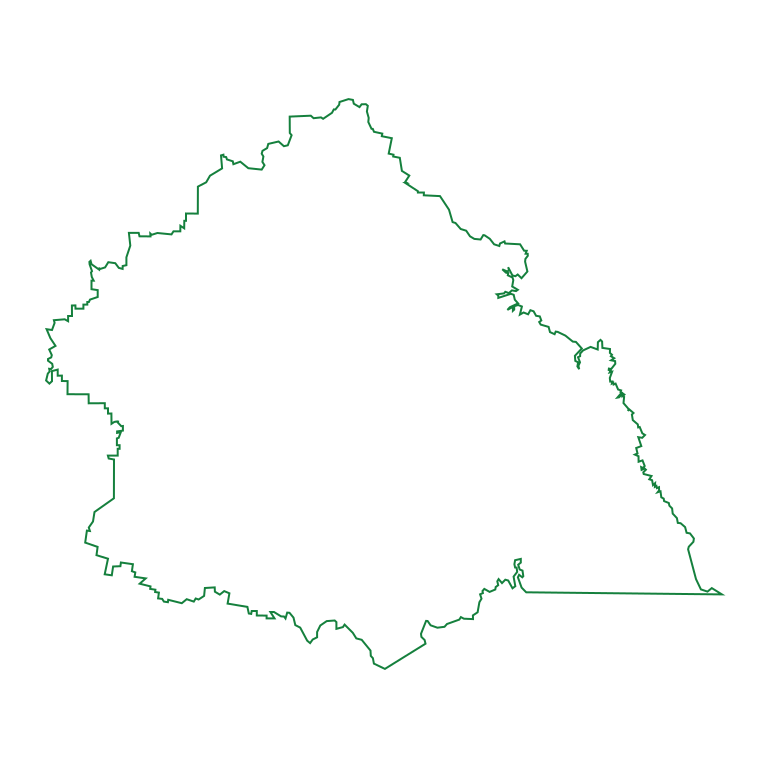 the district of Murrindindi, Victoria, Australia
{"feature_id": "25037944B67422185849488", "entity_name": "Murrindindi", "entity_type": "district", "adm_level": 2, "iso_a3": "AUS", "parent_name": "Australia", "parent_adm1": "Victoria", "projection": "mercator", "projection_center": [145.689, -37.281], "detail": "fine", "context": "isolated", "style": "outline", "palette": "green", "viewbox_px": 768, "rotation_deg": 0, "n_neighbors": 0, "source": "geoboundaries", "source_scale": "gbopen_adm2", "svg_char_len": 6060}
<svg xmlns="http://www.w3.org/2000/svg" viewBox="0 0 768 768"><path d="M367.8,105.8L365.9,104.2L361.6,104.3L359.5,107.1L353.8,103.7L352.9,99.9L348.5,99.1L339.5,102.0L339.2,104.7L335.4,109.5L333.8,109.4L332.0,112.8L323.1,118.8L321.0,117.4L313.6,118.2L310.8,115.7L289.7,116.6L289.8,133.0L291.6,135.2L287.8,145.3L283.9,146.2L278.6,141.5L268.3,143.9L267.1,148.1L262.5,150.8L261.7,153.7L263.4,156.5L262.4,161.9L264.5,165.2L261.7,169.6L248.3,168.2L240.3,161.7L233.4,164.2L232.8,161.3L226.9,159.4L226.2,157.1L223.6,156.7L223.4,154.7L221.0,155.4L222.1,168.4L210.0,175.7L206.2,182.3L197.9,186.6L197.8,213.6L186.0,213.5L186.0,220.8L184.3,220.8L184.2,228.3L180.4,225.8L180.3,231.3L173.5,231.3L171.5,234.4L157.4,233.0L151.7,234.8L150.3,233.5L150.5,236.4L139.5,236.3L138.7,232.9L128.9,232.9L130.3,245.6L126.4,257.3L126.4,265.2L122.7,266.0L122.6,268.9L118.8,267.9L115.3,263.2L108.3,262.2L105.1,267.4L99.7,269.1L99.1,267.6L99.1,269.6L91.5,264.2L90.6,260.8L89.4,261.9L89.6,264.3L92.0,271.2L91.0,272.5L91.8,277.0L93.7,280.7L91.5,280.7L91.5,289.2L97.7,290.1L97.7,297.0L90.0,299.6L88.9,302.0L87.3,302.0L87.3,304.6L83.4,304.6L83.4,308.7L75.5,308.7L75.4,305.4L71.9,305.5L72.0,316.0L68.1,316.0L68.1,321.2L64.7,319.3L53.9,320.2L54.6,322.9L52.0,330.0L46.6,329.2L50.4,338.2L55.5,345.9L49.2,349.5L51.8,355.1L51.2,357.4L48.0,359.0L48.0,360.7L52.2,363.8L52.8,366.9L51.1,369.0L49.2,368.8L49.7,371.4L47.8,373.6L46.1,380.5L49.4,383.6L52.0,381.2L51.9,371.1L57.7,369.6L57.7,375.7L61.9,375.6L61.9,381.0L67.6,381.1L67.5,394.2L88.6,394.3L88.7,403.3L104.8,403.2L104.8,408.3L108.0,408.3L108.0,413.6L111.4,413.5L111.5,423.8L114.2,422.0L117.2,421.4L119.0,421.7L117.0,421.7L121.3,426.2L122.9,426.0L122.9,430.6L117.1,431.4L117.1,432.9L120.8,432.2L118.7,437.8L116.9,438.4L116.9,445.2L119.6,445.2L119.6,448.8L117.7,448.8L117.7,455.6L107.9,455.6L108.7,458.5L114.0,459.5L113.9,498.3L94.5,512.0L93.0,521.5L88.8,527.5L89.9,531.0L86.9,530.6L85.2,542.6L97.6,546.9L96.5,555.2L108.0,558.7L104.7,574.3L111.8,575.3L113.1,566.5L120.4,566.2L120.9,562.5L132.9,564.2L131.9,571.2L135.3,572.4L134.6,576.8L145.7,578.4L139.7,583.7L150.5,586.4L150.2,588.9L155.4,589.7L155.1,592.0L158.9,592.6L158.1,598.4L162.2,598.9L163.9,601.6L167.9,602.2L168.2,599.8L181.8,603.2L186.7,599.2L193.8,601.6L195.7,598.5L198.6,599.5L204.1,595.9L204.9,588.0L214.7,587.4L214.9,591.7L219.8,594.6L224.2,591.1L229.4,593.3L227.6,603.6L247.4,606.9L248.8,613.5L251.2,613.9L251.7,611.0L256.8,611.0L256.8,615.5L266.6,615.6L266.6,618.4L274.5,618.4L270.4,612.0L274.0,612.0L281.1,616.4L284.0,616.5L285.5,618.5L287.2,612.6L289.5,612.8L293.5,617.6L295.3,625.1L300.2,627.6L307.2,640.7L310.1,643.1L312.7,639.5L317.1,637.3L317.1,632.0L320.3,625.5L326.7,621.1L334.7,620.5L336.4,622.1L336.4,628.8L342.9,627.1L344.6,624.6L352.8,632.8L356.3,638.4L361.7,639.8L370.5,650.6L370.8,655.9L372.9,658.2L373.9,663.6L384.9,668.9L425.5,643.7L424.6,640.0L421.4,636.9L421.0,633.8L426.1,620.9L427.6,621.0L430.6,625.3L437.4,627.7L444.5,626.8L447.0,624.0L459.3,619.6L460.9,617.1L463.9,618.7L473.0,619.1L472.9,615.4L477.6,612.3L479.4,602.2L481.5,598.7L480.1,594.3L482.9,593.1L482.5,591.0L484.3,588.9L489.6,591.9L495.3,589.5L495.7,587.0L498.2,585.2L497.3,581.3L498.6,579.1L502.0,583.1L505.3,579.7L508.2,580.5L512.5,588.3L515.3,586.2L513.6,576.6L517.2,571.9L516.6,567.6L515.1,567.5L514.4,564.2L515.1,560.2L520.8,558.9L520.8,562.6L518.2,564.7L519.7,569.5L522.5,570.6L523.3,576.2L522.3,577.3L519.1,574.8L517.9,577.3L521.6,587.6L526.2,592.3L721.9,594.4L711.8,588.1L707.5,591.6L700.9,589.4L696.0,579.1L688.1,549.3L688.8,546.7L693.4,541.8L693.9,538.5L690.0,533.4L686.6,532.8L685.1,527.1L680.6,523.2L677.8,522.9L676.9,518.1L672.7,513.6L672.1,508.4L669.4,505.7L668.8,503.0L664.1,501.1L663.7,498.6L661.3,497.3L660.5,491.3L657.7,492.2L659.1,490.4L659.0,487.2L656.9,488.1L656.4,485.9L654.9,486.8L655.1,483.2L653.0,485.1L652.1,480.2L649.3,479.3L651.5,476.0L643.7,474.0L643.3,472.3L645.9,469.7L644.6,468.5L641.6,469.9L641.2,467.1L643.1,468.0L644.7,466.0L642.5,460.4L638.6,461.7L638.5,456.2L634.9,454.6L637.5,453.4L636.2,448.0L641.3,446.1L638.3,437.2L642.2,437.8L645.0,435.0L642.3,433.3L639.7,427.0L638.2,427.4L637.8,424.4L632.8,420.1L631.9,414.5L633.5,413.0L629.3,409.4L628.0,410.9L628.6,409.0L623.5,403.1L624.1,396.9L622.8,396.3L624.4,394.6L623.2,393.8L622.2,395.5L622.0,394.2L619.1,397.3L617.4,397.6L621.7,392.6L620.5,392.0L621.1,390.4L618.1,389.5L615.6,383.6L613.6,384.5L613.3,382.7L611.9,383.5L612.3,381.5L610.2,381.6L609.8,378.0L612.1,371.7L609.7,372.4L610.6,370.7L608.7,370.0L608.9,368.6L611.2,369.0L615.3,363.8L615.1,361.1L611.1,360.3L614.2,358.2L610.9,356.2L612.0,354.8L609.9,352.9L610.0,349.0L602.4,347.9L602.1,341.5L600.5,339.9L597.9,342.2L597.7,349.5L590.6,346.9L583.1,350.4L580.2,353.5L580.1,356.2L578.0,357.2L580.0,362.3L578.4,365.8L579.2,369.2L577.4,366.4L578.1,362.3L575.3,360.9L574.9,355.8L581.8,348.5L575.9,341.9L572.8,341.6L565.4,335.6L557.7,331.9L555.7,331.6L554.6,334.2L550.0,332.1L548.6,326.9L540.7,324.6L539.2,322.0L541.3,320.5L539.8,316.4L536.1,315.8L533.6,311.3L530.4,310.2L528.1,314.3L523.6,312.5L519.9,314.6L521.9,306.5L518.1,305.0L514.2,306.2L514.2,309.6L512.9,310.8L512.9,306.9L507.4,309.9L509.9,307.2L518.1,303.4L514.8,299.7L513.7,294.8L510.9,293.8L498.3,297.9L498.3,295.6L496.8,294.3L504.0,293.4L505.3,291.8L508.9,293.1L511.9,290.4L516.0,291.1L517.8,289.8L512.2,286.5L513.3,280.1L512.5,277.5L507.8,275.3L508.3,273.1L506.0,272.7L502.3,269.3L507.6,271.6L509.0,269.7L508.1,267.2L512.4,275.4L515.4,276.2L517.7,274.5L521.5,278.2L527.4,271.5L525.1,261.7L525.4,258.9L527.8,255.8L527.7,253.8L525.6,253.7L526.7,250.8L524.1,250.7L520.1,244.3L505.1,243.5L504.5,241.4L500.0,243.5L499.3,246.0L494.1,244.3L489.8,238.8L484.6,235.3L483.3,235.1L480.6,239.5L474.3,238.9L470.0,236.3L466.2,230.7L460.7,229.0L455.5,223.0L452.6,222.1L449.0,209.7L440.0,196.1L423.8,195.3L423.9,192.5L417.9,192.5L417.9,191.2L405.2,182.9L406.7,182.8L405.2,181.9L409.3,175.6L401.9,170.9L399.8,157.8L393.2,156.5L393.5,154.7L388.7,153.6L391.8,138.2L381.8,136.2L382.3,133.6L374.0,131.8L372.8,128.9L371.5,128.8L368.3,122.0L368.7,117.9L366.9,111.5L367.8,105.8Z" fill="none" stroke="#15803d" stroke-width="2"/></svg>